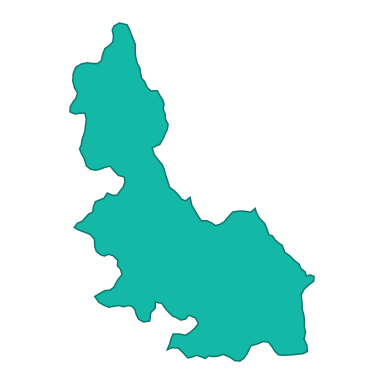 the district of Fortuna de Minas, Minas Gerais, Brazil
{"feature_id": "56859067B93002410173864", "entity_name": "Fortuna de Minas", "entity_type": "district", "adm_level": 2, "iso_a3": "BRA", "parent_name": "Brazil", "parent_adm1": "Minas Gerais", "projection": "natural_earth1", "projection_center": [-44.511, -19.534], "detail": "fine", "context": "isolated", "style": "filled", "palette": "teal", "viewbox_px": 384, "rotation_deg": 0, "n_neighbors": 0, "source": "geoboundaries", "source_scale": "gbopen_adm2", "svg_char_len": 2798}
<svg xmlns="http://www.w3.org/2000/svg" viewBox="0 0 384 384"><path d="M165.1,113.7L163.2,109.3L164.0,104.2L162.7,99.8L160.1,95.9L157.3,90.7L150.7,90.9L146.8,87.0L144.9,82.1L141.6,78.2L140.5,72.8L139.8,67.9L137.3,63.5L135.6,56.7L135.2,50.2L135.2,44.1L132.0,36.3L130.0,30.6L127.1,24.8L119.4,23.0L114.0,26.0L112.2,30.1L113.5,35.5L112.8,42.0L109.5,45.3L104.9,48.6L102.6,54.4L101.4,60.6L97.7,63.5L92.9,63.5L87.1,62.8L81.3,64.0L75.8,67.2L73.2,73.6L72.8,81.1L74.5,87.7L77.6,92.9L75.9,98.3L72.9,102.2L70.3,106.7L69.9,111.8L75.0,114.0L79.5,113.3L84.8,113.0L86.3,119.2L85.7,123.8L85.0,130.2L83.8,134.8L82.1,139.2L81.3,144.7L79.6,148.9L81.3,153.2L84.2,158.4L86.3,165.7L90.6,169.3L95.6,170.2L99.5,169.4L105.2,167.2L110.2,166.2L114.3,171.2L118.4,175.4L124.2,177.0L125.0,181.7L123.2,187.1L119.7,191.5L117.2,195.1L112.8,195.4L107.2,193.0L104.1,198.1L99.6,200.0L95.4,201.6L93.5,206.4L92.7,212.2L88.9,213.9L85.7,217.3L82.3,221.2L77.2,223.4L74.2,227.5L78.7,230.0L85.1,232.4L90.5,234.6L94.4,239.3L94.8,246.8L96.4,251.5L100.6,254.8L104.4,256.0L108.6,254.3L113.2,255.7L117.8,260.4L117.4,265.9L120.5,269.2L122.0,274.7L118.0,279.5L115.7,283.5L113.6,287.5L109.9,290.1L104.9,290.6L99.4,293.6L94.8,296.5L98.7,302.2L104.1,305.3L108.9,307.3L113.9,306.3L118.7,305.5L123.8,306.8L127.9,305.5L131.9,306.3L134.8,309.4L136.3,314.6L138.5,319.1L143.5,322.0L149.7,321.0L150.8,312.4L155.2,308.3L155.3,302.2L161.8,303.3L165.6,308.8L169.0,312.6L172.7,316.1L176.9,317.8L180.7,320.1L185.5,319.1L188.8,315.1L195.5,318.0L198.4,323.5L194.6,328.4L190.5,332.1L185.6,335.3L179.5,334.0L173.1,334.0L171.1,338.9L169.6,344.0L167.3,349.7L171.9,347.7L178.1,348.0L182.6,352.2L187.8,358.0L192.0,357.0L196.7,355.3L201.7,357.0L205.3,358.6L208.5,355.8L212.3,356.6L218.3,356.1L223.1,354.4L229.5,356.9L234.9,360.7L240.1,361.0L244.0,358.0L247.3,353.3L250.8,345.8L257.4,343.9L263.1,341.6L268.3,342.1L271.6,346.1L274.9,351.2L278.4,354.8L283.6,355.3L287.7,355.0L292.2,354.8L297.8,354.2L303.1,353.6L307.4,351.4L306.8,345.1L304.0,339.2L305.6,332.0L304.4,327.6L304.4,321.3L303.9,315.4L302.3,309.7L302.0,302.7L301.2,294.7L304.3,288.9L308.8,284.9L313.6,281.3L314.1,276.6L310.3,274.9L306.4,276.1L305.1,271.9L301.0,268.7L299.0,264.1L294.9,260.9L290.2,256.2L284.8,252.3L282.1,245.4L278.6,243.0L274.9,239.8L272.6,236.0L268.7,234.7L267.2,229.7L264.6,223.4L259.6,218.5L256.5,213.0L255.2,208.4L250.6,212.2L243.8,211.1L238.6,211.1L232.6,212.1L227.6,217.7L224.1,221.9L220.4,224.1L215.6,225.6L211.3,222.7L206.9,220.7L201.3,220.7L197.0,214.4L194.1,209.1L191.7,205.2L190.1,197.3L185.6,200.9L181.6,199.2L178.7,195.4L174.8,191.2L169.6,187.3L167.7,181.2L165.4,174.1L164.0,168.7L162.1,164.6L158.0,159.6L154.3,154.9L152.2,148.1L156.0,145.9L159.7,144.6L163.0,138.8L165.1,134.1L167.3,129.5L168.1,124.2L165.6,119.8L165.1,113.7Z" fill="#14b8a6" stroke="#0f766e" stroke-width="1.5"/></svg>